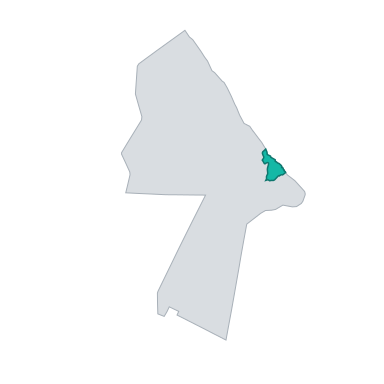 location of Balqa within Jordan, rotated 134°
{"feature_id": "JOR-857", "entity_name": "Balqa", "entity_type": "Province", "adm_level": 1, "iso_a3": "JOR", "parent_name": "Jordan", "parent_adm1": "", "projection": "orthographic", "projection_center": [35.66, 31.936], "detail": "fine", "context": "in_parent", "style": "filled", "palette": "teal", "viewbox_px": 384, "rotation_deg": 134, "n_neighbors": 0, "source": "natural_earth", "source_scale": "10m", "svg_char_len": 2324}
<svg xmlns="http://www.w3.org/2000/svg" viewBox="0 0 384 384"><g transform="rotate(134 192 192)"><path d="M124.4,105.4L129.9,106.7L133.0,109.5L138.3,117.5L146.5,119.8L149.8,122.1L154.3,126.3L159.7,127.8L177.1,130.3L190.8,121.2L202.3,113.5L215.3,104.6L224.2,98.6L239.3,88.4L249.1,81.8L262.1,73.2L274.9,64.7L278.9,77.9L282.8,90.9L286.9,104.3L290.9,117.3L287.1,118.6L290.4,128.6L295.4,126.9L300.8,125.6L303.4,131.9L296.1,139.4L288.7,146.7L287.0,147.5L277.2,150.7L257.2,157.2L243.8,161.6L226.5,167.1L212.2,171.6L198.0,176.0L184.8,180.1L192.5,188.2L204.2,200.6L212.1,208.9L221.4,219.5L229.8,229.0L238.6,239.1L232.6,242.6L222.7,248.5L221.7,249.6L220.8,250.7L216.8,260.9L213.7,269.0L212.6,270.0L198.5,273.2L184.3,276.3L175.3,278.3L172.6,280.4L166.8,290.5L160.8,300.8L150.7,309.3L139.5,318.7L136.7,319.3L128.5,317.9L114.5,315.5L101.1,313.1L91.8,311.4L80.6,309.4L82.3,301.5L81.9,297.3L84.6,283.3L86.2,276.7L87.0,271.8L90.9,261.9L90.4,258.7L91.3,247.3L90.9,245.1L92.7,238.8L96.0,229.8L99.2,222.1L100.3,218.6L103.6,211.2L106.5,202.2L105.0,197.2L104.6,196.2L105.8,190.5L105.7,190.5L107.2,181.2L107.9,176.2L109.7,169.6L112.8,163.9L111.4,150.7L111.6,143.5L113.5,135.4L112.4,125.9L113.3,112.3L113.5,111.1L114.6,109.4L115.5,108.6L121.7,105.8L124.4,105.4Z" fill="#d9dde1" stroke="#a8b0b8" stroke-width="1"/><path d="M109.9,168.8L111.2,165.8L112.8,163.9L111.7,160.7L111.7,160.2L112.3,159.5L111.0,154.6L111.2,154.2L111.5,154.0L111.8,153.9L112.1,153.6L112.1,153.1L111.8,152.5L111.7,151.9L111.7,151.1L111.6,150.5L111.0,149.1L110.9,146.3L111.2,145.2L112.1,144.5L111.5,143.8L111.6,143.1L112.4,141.6L112.2,141.2L112.2,140.9L112.4,140.6L112.8,140.4L112.8,140.0L112.6,139.2L112.8,138.3L113.2,138.2L116.7,138.7L117.5,139.7L118.4,140.1L119.7,140.3L119.8,140.8L120.3,141.0L121.0,141.1L125.5,141.0L126.5,141.2L127.2,141.5L127.8,142.1L128.1,142.6L130.0,144.0L130.3,145.5L130.6,145.9L131.0,146.2L131.3,146.4L132.4,147.0L130.8,147.5L129.2,149.1L128.4,149.5L126.5,150.1L125.7,150.8L123.4,153.5L122.2,154.4L119.2,156.0L118.4,156.7L118.0,157.3L118.2,157.9L118.5,158.3L119.1,158.6L119.7,158.8L120.9,159.0L121.2,159.3L121.3,159.8L120.7,161.7L120.5,162.3L120.4,163.4L119.8,163.8L118.4,163.9L117.8,164.1L117.1,164.5L116.8,164.9L116.2,166.5L115.4,168.1L114.7,168.7L114.0,169.0L110.5,168.8L109.9,168.8Z" fill="#14b8a6" stroke="#0f766e" stroke-width="1.5"/></g></svg>